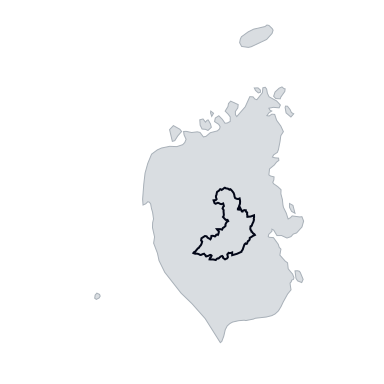 where North Chungcheong sits in South Korea, rotated 171°
{"feature_id": "KOR-2494", "entity_name": "North Chungcheong", "entity_type": "Province", "adm_level": 1, "iso_a3": "KOR", "parent_name": "South Korea", "parent_adm1": "", "projection": "mercator", "projection_center": [127.84, 36.597], "detail": "fine", "context": "in_parent", "style": "outline", "palette": "ink", "viewbox_px": 384, "rotation_deg": 171, "n_neighbors": 0, "source": "natural_earth", "source_scale": "10m", "svg_char_len": 6044}
<svg xmlns="http://www.w3.org/2000/svg" viewBox="0 0 384 384"><g transform="rotate(171 192 192)"><path d="M108.0,87.8L109.4,86.7L109.5,85.1L109.5,79.9L113.5,76.3L119.2,69.0L122.0,64.9L125.2,61.1L128.9,58.6L132.5,57.4L138.2,56.9L149.1,57.4L151.2,56.9L158.8,56.6L160.6,57.2L166.1,57.6L172.2,57.2L175.3,56.1L178.2,54.2L180.7,50.8L183.2,44.6L186.0,39.7L187.6,38.8L198.8,64.9L209.5,81.7L218.6,93.8L231.5,117.0L235.3,129.4L235.7,137.0L237.9,147.5L236.0,153.5L236.6,163.0L235.7,167.8L234.2,171.4L234.1,178.2L234.6,181.9L234.7,186.7L235.7,188.6L237.2,189.3L239.5,187.6L242.4,186.8L241.9,192.6L238.4,207.3L235.4,218.0L231.2,227.2L226.0,235.7L219.7,239.0L215.3,240.2L206.9,240.6L199.9,239.2L193.8,240.2L191.4,242.0L189.6,245.0L190.9,249.7L190.8,253.1L188.2,252.8L183.1,250.8L177.4,250.6L174.8,249.6L172.1,244.6L169.4,244.8L164.7,247.7L157.4,248.4L154.9,250.0L154.0,252.0L155.0,254.6L158.7,258.0L157.4,261.4L153.6,263.1L150.6,258.9L148.7,254.8L146.5,254.6L143.2,255.7L142.5,260.2L144.1,263.2L146.6,266.7L143.1,270.8L142.1,273.7L139.6,275.7L132.7,271.1L133.6,267.9L136.6,264.7L137.0,261.5L136.0,259.5L126.1,267.8L120.0,277.1L116.8,276.4L115.4,274.0L113.5,273.0L106.9,279.1L105.7,283.8L103.3,284.0L102.2,282.0L102.1,277.7L101.0,274.0L94.2,268.7L91.1,264.1L92.8,261.5L98.4,262.9L103.0,262.7L102.1,260.5L100.6,259.5L103.6,258.2L106.1,255.7L104.0,255.0L100.9,256.4L98.2,255.7L97.2,249.6L94.0,243.3L92.3,237.3L95.5,233.7L97.1,228.3L100.0,220.4L101.5,217.8L105.6,215.9L107.1,213.9L104.8,212.8L101.2,211.9L101.3,209.6L103.8,208.3L106.5,205.8L111.8,202.7L113.4,196.9L111.9,195.5L108.6,194.1L109.3,191.1L110.7,188.9L110.2,187.5L106.3,183.7L103.7,180.3L104.5,176.3L103.9,170.3L104.2,165.3L104.1,162.6L102.2,156.4L101.3,150.3L98.8,151.2L96.8,152.7L89.5,150.5L87.3,150.4L86.3,145.8L88.9,140.2L95.1,135.2L98.6,134.6L101.3,132.4L105.4,131.7L110.4,135.0L114.9,135.7L117.3,141.6L118.9,142.8L119.2,140.7L122.8,138.2L123.7,136.2L122.9,135.2L118.7,134.2L115.0,126.9L114.5,123.7L113.1,121.7L115.1,115.9L110.8,109.2L108.7,107.1L109.0,101.1L106.8,97.3L105.5,95.2L104.7,91.5L105.4,89.9L107.4,89.3L108.0,87.8ZM93.9,344.0L91.9,345.2L90.0,344.5L89.5,343.9L87.2,340.8L86.6,339.2L88.1,336.1L94.4,331.0L110.8,326.2L113.7,326.0L120.2,328.0L121.6,332.0L120.4,335.3L118.9,337.6L111.4,341.4L105.6,343.2L93.9,344.0ZM204.4,257.1L200.0,260.5L194.2,255.9L192.8,253.4L197.3,249.6L201.0,245.4L203.5,245.1L204.4,257.1ZM173.5,256.7L173.0,262.1L169.7,262.4L167.8,258.9L165.7,260.6L164.7,260.6L163.1,256.3L162.8,252.9L166.6,250.3L168.9,251.8L172.2,252.6L173.5,256.7ZM89.7,280.9L86.7,281.7L85.1,279.8L83.9,279.3L84.6,276.8L89.4,271.9L90.3,270.2L94.7,271.2L96.4,273.8L94.3,277.8L89.7,280.9ZM102.8,90.4L102.6,98.0L100.1,97.7L98.3,96.9L97.6,95.4L95.9,88.3L97.8,85.4L101.6,87.7L102.8,90.4ZM86.8,260.9L86.2,262.2L84.3,261.8L82.2,258.0L81.4,254.9L79.3,253.3L82.6,250.6L86.7,255.4L86.8,260.9ZM98.1,161.7L97.5,165.4L94.4,163.0L93.6,154.9L96.7,157.3L98.1,161.7ZM303.8,105.3L301.8,107.0L299.3,105.3L299.0,103.5L300.3,101.9L303.3,100.9L304.7,102.3L303.8,105.3ZM113.4,282.4L114.2,285.0L110.5,284.5L108.5,282.0L108.8,279.8L111.0,279.5L113.4,282.4ZM161.3,267.3L160.8,269.0L158.4,266.4L160.7,263.6L161.3,267.3Z" fill="#d9dde1" stroke="#a8b0b8" stroke-width="1"/><path d="M147.3,132.8L148.4,132.0L150.6,127.9L150.8,127.4L151.1,127.0L151.4,126.7L151.8,126.4L152.2,125.9L152.5,125.2L157.3,123.9L162.2,123.3L161.8,126.0L163.2,125.7L164.6,125.8L165.0,126.0L165.4,126.2L165.7,125.9L166.0,125.5L166.9,124.9L166.7,122.1L167.6,121.0L169.9,120.3L171.6,122.1L171.6,123.3L172.2,124.1L173.7,123.8L175.2,122.9L176.1,122.2L177.2,122.4L178.1,122.0L179.2,121.1L181.8,122.1L184.4,122.5L185.2,122.7L184.7,123.9L183.3,124.9L182.6,126.1L183.1,126.7L183.7,127.0L184.1,127.0L184.5,126.8L185.9,126.4L188.1,126.1L188.5,126.6L188.5,127.4L189.4,128.4L189.7,129.1L190.5,129.1L191.5,128.9L192.6,128.5L193.7,128.5L194.8,129.4L196.0,130.1L197.2,130.4L198.4,130.5L199.3,130.9L200.2,131.5L199.6,132.1L199.0,132.5L198.5,132.3L198.0,132.6L197.0,133.7L195.8,134.7L195.1,135.4L194.1,135.7L193.5,136.2L193.1,136.9L191.7,137.9L190.7,139.3L190.2,140.4L189.7,141.5L190.0,142.0L190.6,142.6L189.9,144.8L186.1,146.5L184.5,145.9L183.8,144.5L182.7,143.6L181.9,143.1L181.3,142.4L180.7,143.0L180.3,143.7L180.0,144.6L179.7,145.6L178.4,145.5L177.0,145.0L176.3,144.5L175.5,145.0L174.7,146.0L173.8,146.1L173.1,145.6L172.5,146.5L171.9,147.8L171.6,149.0L172.5,150.1L173.2,151.4L169.9,150.9L168.2,150.1L167.2,151.6L165.6,152.3L164.2,153.3L164.1,154.0L164.1,154.5L163.8,155.1L162.8,156.5L162.1,157.2L161.5,157.3L160.8,157.6L161.3,158.9L163.1,159.2L165.3,162.5L164.5,163.3L164.1,164.6L163.9,167.7L163.6,169.1L163.9,170.0L164.4,170.9L163.7,172.3L162.7,173.1L163.0,175.8L164.8,175.4L165.9,175.8L167.2,176.8L168.1,177.3L170.5,176.7L171.5,177.5L172.0,180.4L171.0,180.4L169.9,180.2L168.8,181.1L169.1,182.6L169.1,183.4L169.0,184.3L168.6,184.9L168.2,185.5L167.8,186.9L167.1,188.3L166.0,188.7L164.9,189.3L164.3,189.9L163.7,190.4L163.0,190.1L162.4,189.4L160.7,190.2L159.2,191.1L158.5,190.9L158.0,190.3L156.0,189.7L155.3,188.9L154.5,188.4L154.2,188.8L153.9,188.9L153.4,188.5L153.0,188.0L152.0,186.4L151.1,184.7L150.7,182.8L150.7,180.8L150.3,179.2L148.9,178.3L147.5,177.8L146.0,178.2L145.9,176.5L146.0,175.0L146.5,172.8L147.6,170.9L148.0,170.0L148.4,169.1L149.2,168.6L149.4,167.6L148.8,167.4L148.2,167.1L147.4,167.6L146.8,168.5L146.3,166.9L146.2,165.9L145.7,165.6L145.7,165.0L145.1,164.8L144.6,165.6L143.1,165.9L141.7,165.5L141.9,164.5L141.6,163.9L141.2,163.7L140.9,163.4L140.7,162.9L140.8,162.5L141.0,162.0L141.1,161.4L141.1,161.1L141.0,160.8L140.9,160.4L141.0,160.0L141.2,159.5L141.2,158.8L137.8,158.6L134.4,159.3L134.6,157.5L135.2,155.9L135.1,155.0L136.0,153.0L137.3,151.2L138.2,149.5L138.6,149.1L139.0,149.1L139.5,149.0L139.7,148.6L139.8,148.1L139.9,147.5L140.1,146.9L140.2,146.2L140.1,145.6L139.8,145.0L139.5,144.7L139.5,143.5L138.9,143.1L138.1,141.5L137.5,141.1L137.0,140.6L136.6,139.7L138.7,139.1L140.6,138.2L142.1,137.7L142.5,136.0L143.3,135.2L144.5,134.7L145.0,133.9L145.4,133.0L146.1,132.2L147.0,132.4L147.3,132.8Z" fill="none" stroke="#020617" stroke-width="2"/></g></svg>